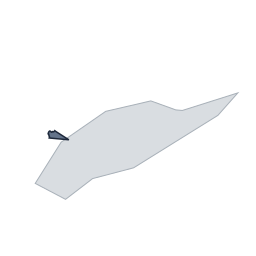 location of Elechui, Palau, rotated 50°
{"feature_id": "81905179B66234991007705", "entity_name": "Elechui", "entity_type": "district", "adm_level": 2, "iso_a3": "PLW", "parent_name": "Palau", "parent_adm1": "", "projection": "natural_earth1", "projection_center": [134.481, 7.438], "detail": "fine", "context": "in_parent", "style": "filled", "palette": "slate", "viewbox_px": 256, "rotation_deg": 50, "n_neighbors": 0, "source": "geoboundaries", "source_scale": "gbopen_adm2", "svg_char_len": 1019}
<svg xmlns="http://www.w3.org/2000/svg" viewBox="0 0 256 256"><g transform="rotate(50 128 128)"><path d="M142.5,221.7L110.8,234.7L95.9,188.3L100.9,134.4L121.9,93.1L144.8,79.8L149.5,75.1L171.7,21.3L176.1,51.0L162.1,149.3L144.0,187.6L142.5,221.7Z" fill="#d9dde1" stroke="#a8b0b8" stroke-width="1"/><path d="M83.0,185.8L83.1,186.0L83.1,186.3L83.1,186.5L83.1,186.9L83.2,187.0L83.2,187.3L83.1,187.5L82.8,187.6L82.7,187.8L82.3,188.1L82.3,188.3L82.2,188.3L82.2,188.6L82.3,188.8L82.2,189.1L82.1,189.3L81.9,189.4L81.7,189.3L81.2,189.5L80.9,189.5L80.5,189.6L80.2,189.7L80.1,189.8L79.9,190.1L79.9,190.3L80.0,190.6L80.0,190.9L80.1,191.3L80.2,191.5L80.3,191.7L80.4,191.9L80.6,192.1L80.7,192.3L80.9,192.4L80.8,192.5L81.0,192.8L81.2,192.7L81.6,192.8L81.7,193.0L82.0,193.0L82.4,193.0L82.5,193.0L82.8,193.3L83.0,193.4L83.1,193.5L83.3,193.6L83.7,193.7L83.8,193.6L84.0,193.7L84.2,193.8L84.3,194.0L84.6,194.1L84.7,194.4L84.8,194.5L85.0,194.8L99.0,180.9L84.0,185.6L83.0,185.8Z" fill="#64748b" stroke="#1e293b" stroke-width="1.5"/></g></svg>